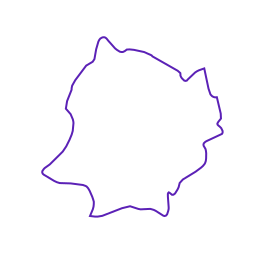 an SVG outline of Zaghouan, rotated 347°
{"feature_id": "TUN-120", "entity_name": "Zaghouan", "entity_type": "Governorate", "adm_level": 1, "iso_a3": "TUN", "parent_name": "Tunisia", "parent_adm1": "", "projection": "mercator", "projection_center": [10.024, 36.33], "detail": "fine", "context": "isolated", "style": "outline", "palette": "violet", "viewbox_px": 256, "rotation_deg": 347, "n_neighbors": 0, "source": "natural_earth", "source_scale": "10m", "svg_char_len": 1794}
<svg xmlns="http://www.w3.org/2000/svg" viewBox="0 0 256 256"><g transform="rotate(347 128 128)"><path d="M215.7,87.1L215.3,107.8L215.9,113.8L216.5,114.9L217.2,116.0L218.2,116.9L219.2,117.5L220.0,117.8L221.5,118.0L221.6,134.8L220.7,139.7L217.5,142.2L216.1,143.7L216.0,144.8L216.6,145.9L217.7,147.3L218.8,149.1L219.5,152.2L219.1,153.9L218.2,154.9L201.3,158.5L200.0,159.0L198.4,160.0L197.8,161.1L197.7,162.3L198.8,165.9L198.8,167.8L198.5,170.3L197.3,175.1L196.4,177.6L195.3,179.4L194.5,180.3L192.4,181.9L190.2,183.1L184.0,185.8L169.9,190.5L166.0,193.2L164.0,197.1L162.5,199.0L159.1,202.4L157.3,203.2L155.9,203.0L154.2,200.8L153.3,199.9L152.6,200.3L152.0,201.2L151.4,204.0L149.8,214.3L149.4,216.0L148.5,217.9L146.7,220.9L145.3,221.9L143.8,222.0L142.7,221.4L136.3,214.9L134.7,213.6L132.6,212.4L131.4,211.8L122.0,210.1L119.9,209.2L112.4,204.7L104.1,204.8L83.2,207.8L78.4,207.5L76.2,207.0L71.2,205.2L75.5,199.2L76.7,196.9L77.5,194.6L78.1,192.2L78.0,190.0L77.7,187.0L76.5,180.6L75.6,177.7L74.5,175.7L73.6,174.9L71.3,173.4L59.7,169.1L49.1,166.3L46.5,164.8L44.1,162.9L35.5,154.6L34.7,153.5L34.4,152.2L34.8,150.8L36.6,149.1L37.8,148.3L43.6,145.9L59.1,136.3L63.7,132.0L68.4,126.3L71.6,121.8L73.5,118.4L76.0,110.9L76.2,109.1L76.2,107.2L75.2,101.6L71.8,95.2L74.7,88.1L81.6,78.1L82.1,76.4L83.1,74.2L87.4,69.5L101.3,57.8L108.5,55.5L110.8,53.3L114.7,44.1L118.6,37.1L120.0,35.5L121.2,34.6L123.2,34.0L124.2,34.0L125.2,34.2L126.1,34.7L127.0,35.7L127.5,36.6L128.5,38.7L133.3,47.5L134.7,49.3L137.2,51.8L138.7,52.5L140.0,52.8L142.0,52.4L144.5,51.3L147.3,51.8L151.4,53.2L160.8,57.6L167.3,62.5L167.9,63.7L189.3,83.4L191.3,86.2L191.2,87.4L190.9,88.5L191.1,90.0L191.7,91.7L193.5,94.5L194.8,95.1L196.1,95.0L197.1,94.2L205.9,89.0L208.1,88.2L210.3,87.7L215.7,87.1Z" fill="none" stroke="#5b21b6" stroke-width="2"/></g></svg>